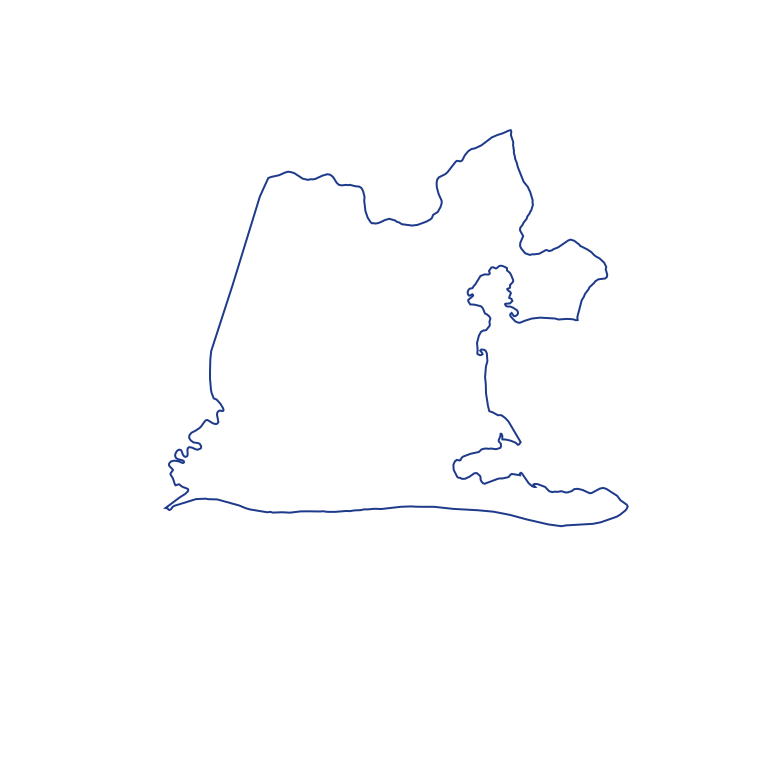 Puerto Barrios, Izabal, Guatemala, rotated 148°
{"feature_id": "79465075B20471919033812", "entity_name": "Puerto Barrios", "entity_type": "district", "adm_level": 2, "iso_a3": "GTM", "parent_name": "Guatemala", "parent_adm1": "Izabal", "projection": "orthographic", "projection_center": [-88.506, 15.734], "detail": "fine", "context": "isolated", "style": "outline", "palette": "blue", "viewbox_px": 768, "rotation_deg": 148, "n_neighbors": 0, "source": "geoboundaries", "source_scale": "gbopen_adm2", "svg_char_len": 6166}
<svg xmlns="http://www.w3.org/2000/svg" viewBox="0 0 768 768"><g transform="rotate(148 384 384)"><path d="M142.0,532.1L144.5,532.9L150.2,533.6L156.0,535.1L161.9,536.0L175.0,534.8L181.7,535.6L185.4,536.9L189.2,536.8L194.3,535.1L199.1,532.2L201.0,532.2L203.9,534.6L205.5,534.5L217.8,530.0L220.7,529.5L228.3,530.2L229.2,529.5L230.4,529.3L232.5,527.1L234.9,523.0L237.0,516.2L238.0,508.8L239.5,506.5L242.2,504.2L247.3,501.4L252.8,501.4L255.2,499.5L257.1,499.0L262.3,499.3L271.3,501.2L276.1,503.4L284.2,510.1L285.6,513.0L287.2,514.8L287.9,516.8L292.0,521.3L296.1,522.5L301.5,523.1L304.1,523.7L306.4,524.7L307.6,525.9L309.1,526.7L309.6,528.3L309.7,533.5L308.2,540.2L303.8,549.7L301.4,552.9L299.5,558.6L299.3,562.2L300.3,564.4L303.5,566.9L307.5,571.1L308.5,571.3L310.9,573.1L314.5,574.8L316.7,576.8L317.5,579.7L317.5,586.5L318.6,589.8L320.8,591.9L325.7,593.3L333.5,594.3L335.7,595.1L338.0,596.7L340.2,597.3L344.1,601.2L348.3,610.3L351.0,613.4L352.9,614.9L355.7,615.7L362.5,616.7L369.7,619.3L373.0,620.0L390.0,608.7L460.0,548.1L513.1,503.5L518.4,496.7L525.5,485.9L528.9,480.4L533.9,470.6L535.0,467.6L536.0,462.0L534.2,459.5L533.2,453.7L533.3,448.8L533.9,446.9L534.6,446.5L535.3,446.7L537.5,448.6L539.2,448.6L540.6,448.0L541.9,446.5L544.6,439.5L546.1,438.8L547.4,438.9L548.7,439.9L549.9,441.3L552.8,447.0L554.0,447.6L555.6,447.4L561.6,444.9L563.9,444.4L568.6,444.3L573.0,444.7L575.7,443.9L576.7,443.1L577.8,441.6L577.8,438.6L576.6,435.5L572.9,432.3L572.0,430.9L572.0,428.2L572.9,426.9L573.6,426.5L576.8,427.0L578.3,428.4L580.6,431.9L582.7,433.7L584.3,433.5L585.2,432.9L587.8,428.4L588.7,427.4L589.3,427.1L591.0,427.4L591.8,428.5L592.0,430.8L591.2,434.3L591.3,435.6L592.1,436.6L593.1,437.0L594.6,437.0L596.8,436.1L598.8,434.5L599.5,432.7L599.5,431.3L598.7,429.6L595.2,425.9L594.7,424.4L594.9,423.7L595.8,423.4L596.6,423.7L599.3,427.4L602.6,430.2L605.7,431.2L608.0,430.6L609.1,429.6L609.5,428.1L608.5,423.6L608.6,422.8L612.3,421.3L613.0,420.5L613.0,415.9L614.6,409.5L614.4,408.5L611.2,407.7L610.6,407.0L610.1,405.0L609.2,403.3L606.0,399.1L606.2,397.7L607.3,396.9L611.0,396.1L617.2,396.1L635.0,394.6L633.5,393.2L633.3,391.6L632.7,390.8L630.9,390.7L628.5,391.8L626.4,391.8L604.4,386.0L595.9,381.2L594.3,379.6L586.7,374.6L571.1,357.6L567.2,352.1L564.3,348.8L551.0,337.1L548.0,335.7L546.5,333.9L538.3,329.2L531.9,324.7L522.3,320.2L515.9,316.3L505.5,309.6L503.4,308.6L499.9,305.7L493.3,301.5L483.4,296.4L480.4,294.3L476.5,292.7L470.8,289.5L466.8,288.0L464.5,286.4L458.3,283.3L452.5,279.4L434.7,270.9L425.7,265.7L420.9,262.3L406.7,253.4L391.6,241.5L371.3,227.2L358.7,217.6L346.3,206.0L335.0,193.8L319.0,177.8L308.9,169.4L304.5,167.6L280.9,154.7L273.6,151.9L257.3,148.2L253.5,148.0L246.5,148.8L244.8,149.3L242.3,150.9L242.1,153.0L245.1,160.2L245.5,165.6L250.9,177.0L252.5,179.0L253.4,179.8L256.3,180.9L265.5,181.5L266.9,182.0L267.8,182.9L271.8,189.0L275.3,192.5L278.4,194.0L281.5,193.7L285.6,194.7L287.4,195.7L290.5,199.2L294.1,200.6L295.8,202.0L298.7,203.2L300.8,205.7L301.9,211.3L306.8,217.7L309.2,219.4L310.5,219.6L310.8,218.8L310.3,216.5L311.2,217.0L312.6,219.0L313.9,223.2L314.4,235.0L314.9,236.1L316.2,236.1L316.9,234.5L323.3,240.0L324.7,240.1L327.5,239.1L328.8,239.4L333.5,241.1L336.3,242.8L337.8,243.3L351.6,246.1L352.6,247.4L353.0,249.4L352.8,251.6L351.5,253.8L351.3,255.4L352.5,259.3L354.6,260.4L360.5,260.1L365.5,260.7L368.1,262.2L369.1,264.0L370.6,265.1L371.1,266.5L370.4,274.3L367.9,278.8L364.9,280.8L362.6,281.1L360.3,279.0L359.2,279.0L359.0,279.5L355.9,280.6L347.7,279.0L339.6,276.1L336.1,276.8L334.6,276.5L331.9,275.4L329.5,273.5L327.5,272.6L323.5,269.3L319.3,268.2L318.0,268.9L316.7,271.1L316.6,271.8L317.1,274.5L316.4,275.7L313.1,278.0L311.5,280.0L311.0,279.7L310.8,279.0L311.0,277.6L313.0,274.3L310.2,272.4L306.6,268.8L303.6,264.6L302.6,261.4L301.2,261.3L298.9,262.3L298.3,286.2L299.2,290.8L300.6,294.5L301.4,295.7L303.9,297.1L306.9,302.4L309.1,305.2L307.4,310.4L302.4,322.1L297.7,330.0L294.7,336.2L288.3,344.8L284.2,348.6L280.6,355.4L280.2,357.8L280.6,359.4L281.5,360.5L283.3,361.7L284.7,361.3L284.3,358.6L284.6,357.1L286.1,357.0L287.4,357.7L288.8,359.8L288.4,360.9L286.6,363.2L283.3,369.6L278.0,374.6L274.2,376.8L271.1,376.7L269.7,375.8L268.7,375.6L263.6,377.4L262.7,378.4L261.6,380.9L259.0,383.3L258.9,385.7L259.9,388.6L261.0,390.3L260.1,395.7L260.3,397.8L261.0,399.0L265.3,403.4L268.7,405.8L268.7,409.5L267.9,410.7L262.6,411.4L261.6,411.7L261.3,412.2L261.6,413.3L264.5,413.6L265.0,413.8L265.2,414.4L265.2,415.8L264.3,417.7L262.2,419.2L260.4,419.3L258.4,418.5L257.5,418.6L256.6,419.3L253.8,420.1L244.9,424.5L240.7,423.7L237.5,421.5L235.9,421.5L235.5,422.1L235.1,424.2L231.1,425.9L229.5,425.1L228.0,422.8L227.2,422.5L223.8,423.0L222.5,422.6L220.9,421.3L218.3,417.3L219.5,415.0L218.4,411.9L218.4,409.4L219.4,403.7L220.3,402.3L224.8,401.1L225.2,400.0L226.1,399.1L226.7,398.8L229.0,399.3L229.3,398.9L229.1,397.0L228.3,395.7L228.2,393.8L231.3,391.7L232.2,390.6L230.8,388.7L231.1,386.4L234.4,385.6L238.3,387.6L238.8,387.7L239.2,387.2L239.1,385.4L238.5,384.5L235.7,382.6L234.3,380.6L232.1,376.1L232.3,374.0L233.0,372.8L234.2,372.1L236.6,371.9L237.9,372.9L238.1,376.6L239.9,376.3L240.7,375.1L240.7,373.7L239.5,367.6L238.0,365.3L236.5,364.0L230.1,362.8L223.8,361.1L216.5,357.6L204.1,348.8L201.8,346.2L195.1,342.7L191.1,340.0L188.9,338.2L187.5,336.4L185.9,335.6L184.6,338.3L171.9,350.3L168.7,351.8L165.7,353.9L160.2,356.0L158.6,357.1L151.7,358.5L150.8,359.1L146.8,359.2L140.5,356.3L138.4,356.6L137.8,357.2L136.8,358.3L135.1,364.0L133.5,365.4L133.0,370.3L134.6,376.2L136.8,380.1L137.7,382.9L138.2,385.8L140.3,390.4L144.5,397.3L144.5,398.7L146.8,404.7L149.3,407.6L151.7,408.1L164.0,407.6L168.8,408.5L171.0,408.4L173.6,409.3L174.8,411.1L175.9,411.8L183.2,412.2L187.8,414.3L189.6,415.5L191.8,416.1L192.3,416.7L195.0,420.0L195.8,425.9L195.5,428.9L193.6,431.5L187.6,435.6L187.3,441.6L187.0,442.7L185.6,444.3L182.5,445.4L179.8,447.0L175.5,448.5L173.7,450.1L170.4,451.4L168.2,452.9L167.4,453.0L162.7,457.1L161.8,459.4L160.6,460.9L158.3,469.2L157.6,475.2L158.4,481.5L155.6,496.9L154.2,501.2L153.4,505.8L152.9,506.4L151.2,511.6L149.7,513.7L149.6,514.8L149.0,515.4L148.3,517.6L146.2,520.7L144.5,527.8L142.2,530.7L142.0,532.1Z" fill="none" stroke="#1e3a8a" stroke-width="2"/></g></svg>